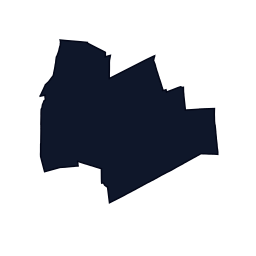 Stoicanesti, Olt, Romania, rotated 108°
{"feature_id": "2599482B66370938976982", "entity_name": "Stoicanesti", "entity_type": "district", "adm_level": 2, "iso_a3": "ROU", "parent_name": "Romania", "parent_adm1": "Olt", "projection": "natural_earth1", "projection_center": [24.65, 44.228], "detail": "fine", "context": "isolated", "style": "filled", "palette": "ink", "viewbox_px": 256, "rotation_deg": 108, "n_neighbors": 0, "source": "geoboundaries", "source_scale": "gbopen_adm2", "svg_char_len": 5526}
<svg xmlns="http://www.w3.org/2000/svg" viewBox="0 0 256 256"><g transform="rotate(108 128 128)"><path d="M112.2,219.9L113.7,220.0L116.0,220.3L116.5,220.3L117.1,220.4L117.9,220.5L119.4,220.7L120.9,220.9L122.0,221.0L123.5,221.2L124.7,221.5L124.9,221.4L124.7,221.1L123.8,219.5L123.5,219.0L122.8,217.8L122.4,217.2L122.6,217.1L122.9,217.0L123.1,216.9L124.5,216.3L125.1,216.0L125.7,215.7L126.0,215.6L126.7,215.3L126.9,215.3L127.0,215.5L127.5,215.8L127.7,216.0L127.8,216.1L128.0,216.1L128.3,216.3L128.5,216.3L128.9,216.3L129.1,216.3L129.3,216.3L129.5,216.3L129.8,216.3L130.2,216.3L130.6,216.3L131.3,216.4L131.6,216.5L131.8,216.5L132.0,216.5L132.6,216.5L133.0,216.4L134.3,216.2L134.9,216.1L135.6,216.0L135.8,216.1L136.2,216.2L136.3,216.2L136.8,216.3L137.0,216.3L137.2,216.2L137.4,216.2L137.5,216.2L138.5,215.9L139.6,215.6L140.6,215.3L141.9,214.9L143.0,214.5L151.6,211.9L151.8,211.8L152.5,211.5L153.8,211.1L154.3,210.9L155.7,210.5L156.8,210.1L169.3,206.2L169.6,206.2L170.5,206.0L171.4,205.7L173.3,205.1L177.3,203.8L178.7,203.4L179.8,203.1L181.7,202.4L182.0,202.3L182.4,202.1L182.5,202.0L187.4,198.9L195.3,193.8L186.5,180.5L186.4,180.3L184.6,175.7L181.6,168.8L181.5,168.4L181.3,168.1L181.1,167.5L180.8,166.9L180.4,166.0L180.2,165.6L180.0,164.9L179.8,164.6L179.8,164.3L179.5,163.7L178.0,164.5L177.1,164.8L176.5,165.2L175.3,165.7L175.2,165.5L175.2,165.3L175.2,164.8L175.2,164.4L175.2,164.0L175.2,163.5L175.2,162.5L175.2,161.6L175.2,159.9L175.2,158.7L175.2,157.9L175.2,157.5L175.2,157.2L175.1,156.8L175.1,156.4L175.1,154.3L175.1,152.7L175.1,152.1L175.1,151.6L175.0,151.0L175.0,150.2L175.0,149.5L175.0,149.0L175.0,148.2L175.0,146.5L174.9,141.9L174.9,141.0L174.9,140.7L184.2,137.6L187.3,136.5L188.5,136.0L188.6,135.9L188.1,135.2L187.9,134.6L187.9,134.2L189.5,132.6L189.8,131.8L190.1,130.9L190.4,130.0L190.4,129.8L190.4,129.6L190.2,129.3L204.8,122.5L193.0,110.7L190.9,108.8L189.8,107.7L188.2,106.1L187.5,105.4L186.5,104.5L185.4,103.4L184.9,102.9L184.6,102.6L184.1,102.1L183.4,101.5L183.1,101.2L182.4,100.6L181.8,100.0L180.8,99.0L180.3,98.6L179.8,98.1L178.5,96.8L178.2,96.5L177.8,96.2L176.8,95.3L176.4,94.8L176.0,94.5L175.6,94.1L175.0,93.6L174.4,93.0L174.2,92.8L173.9,92.5L173.3,91.9L173.1,91.7L172.9,91.4L172.7,91.3L172.5,91.0L172.1,90.7L171.9,90.4L171.5,90.1L171.1,89.7L170.7,89.3L170.4,89.0L170.2,88.8L169.6,88.1L168.8,87.4L168.0,86.7L167.5,86.2L167.1,85.8L166.6,85.3L166.3,85.0L166.1,84.9L164.9,83.8L164.3,83.2L163.4,82.4L162.9,82.0L160.3,79.4L159.9,79.0L158.6,77.8L158.2,77.4L157.2,76.4L156.9,76.0L154.8,73.9L154.3,73.4L154.0,73.2L153.4,72.6L153.0,72.3L152.6,71.9L151.5,70.9L151.0,70.5L150.7,70.2L150.2,69.8L149.5,69.1L149.1,68.7L147.5,67.2L147.1,66.8L146.8,66.5L146.4,66.1L145.9,65.6L144.8,64.6L143.9,63.9L143.6,63.6L143.4,63.5L143.0,63.0L142.5,62.5L141.7,61.8L140.6,60.8L138.4,58.7L137.0,57.4L136.0,56.5L135.4,55.9L134.6,55.1L133.6,54.2L133.2,53.9L131.8,52.5L130.0,50.9L129.8,50.5L129.5,49.4L129.2,48.3L129.0,47.8L128.6,46.4L128.1,44.7L128.0,44.1L127.4,42.0L127.2,41.5L126.8,40.1L126.6,39.4L126.1,37.8L126.0,37.3L125.9,37.0L125.8,36.6L125.6,35.8L125.5,35.3L125.4,34.9L125.3,34.5L124.8,34.7L124.0,34.9L123.7,35.0L122.9,35.3L121.6,35.9L120.9,36.2L120.0,36.7L119.5,36.9L119.0,37.2L118.2,37.5L117.0,38.0L116.4,38.2L115.1,38.8L114.6,39.0L114.1,39.3L113.1,39.7L112.7,39.9L112.5,40.0L110.3,41.0L109.9,41.1L107.4,42.2L106.9,42.4L105.2,43.2L104.7,43.3L104.1,43.6L102.9,44.1L101.5,44.7L100.4,45.2L99.5,45.6L99.0,45.8L98.4,46.1L97.5,46.7L97.1,46.9L95.9,47.4L95.5,47.6L94.5,48.0L91.0,49.2L89.1,49.9L87.9,50.3L86.9,50.6L85.9,50.9L84.6,51.3L84.2,51.4L82.8,51.8L86.1,60.9L87.9,65.7L88.0,65.7L91.9,75.5L93.2,79.0L79.6,85.1L78.7,85.4L76.5,86.4L74.5,87.1L72.2,87.9L72.6,88.6L72.7,88.9L72.6,89.5L72.6,90.0L72.6,90.8L74.5,93.3L77.8,97.3L78.9,98.7L80.1,100.2L81.3,101.7L81.9,102.5L79.9,103.7L80.2,104.1L80.7,104.8L80.9,105.1L81.0,105.2L81.1,105.6L81.2,105.9L81.2,106.0L81.3,106.2L81.4,106.3L81.6,106.6L81.4,106.7L81.0,106.5L80.4,107.0L79.6,107.6L79.1,107.9L78.7,108.2L78.2,108.6L75.3,110.6L73.1,112.2L72.5,112.6L72.4,112.7L72.1,113.0L71.8,113.2L71.5,113.5L70.4,114.2L69.9,114.5L69.7,114.7L69.5,114.9L69.4,115.0L68.6,115.5L67.9,116.0L66.7,116.8L66.3,117.1L65.6,117.6L65.2,118.0L64.6,118.4L64.3,118.6L64.1,118.8L63.8,118.9L63.4,119.2L62.8,119.6L62.4,119.8L62.1,120.1L61.2,120.7L60.7,121.0L60.1,121.3L59.7,121.6L58.7,122.3L58.3,122.7L58.0,122.9L57.7,123.2L56.4,124.2L56.0,124.5L55.8,124.7L55.5,124.8L55.2,124.8L54.7,124.7L54.4,124.7L53.9,124.8L53.2,124.9L52.6,124.9L51.8,124.8L51.4,125.1L51.2,125.1L51.7,125.7L53.2,127.3L57.1,131.4L57.9,132.2L64.9,139.2L73.2,147.5L84.5,158.8L86.7,161.0L85.1,161.7L84.4,161.9L82.3,162.6L78.9,163.6L75.1,164.8L71.5,166.0L69.2,166.6L67.4,166.8L64.4,167.2L67.3,171.6L63.1,172.9L63.0,173.1L62.0,179.2L61.7,181.3L59.8,193.0L59.2,193.1L60.3,198.1L60.9,200.8L64.1,214.3L65.3,219.7L65.7,219.4L66.2,219.2L66.6,219.0L67.1,218.7L67.5,218.6L67.9,218.5L68.3,218.4L68.7,218.4L69.1,218.3L69.8,218.0L70.0,217.9L71.2,218.0L72.5,217.9L73.1,217.9L74.2,217.8L74.4,217.8L74.6,217.7L75.1,217.7L75.9,217.6L76.3,217.6L77.4,217.6L77.9,217.6L79.5,217.7L80.4,217.7L80.9,217.7L81.3,217.8L81.8,217.9L82.2,218.0L82.6,218.0L82.9,218.0L83.9,217.8L84.6,217.7L85.7,217.5L88.3,216.9L89.3,216.8L90.3,216.7L92.0,216.4L93.3,216.2L94.7,216.0L95.8,215.9L96.6,215.8L97.7,215.7L98.5,215.6L99.5,215.4L100.3,215.4L100.8,215.2L101.0,215.2L103.4,216.0L104.2,216.3L105.1,216.6L105.8,216.8L106.8,217.2L107.2,217.3L108.6,217.8L108.9,218.0L109.0,218.0L110.2,218.7L110.7,219.0L111.4,219.3L112.1,219.7L112.2,219.9Z" fill="#0f172a" stroke="#020617" stroke-width="1.5"/></g></svg>